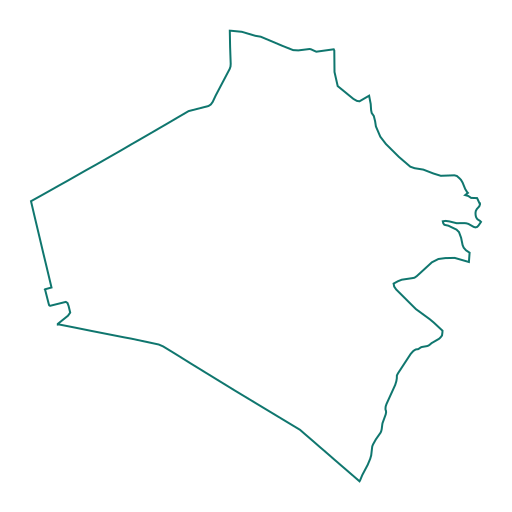 the Province of Al-Anbar
{"feature_id": "IRQ-3471", "entity_name": "Al-Anbar", "entity_type": "Province", "adm_level": 1, "iso_a3": "IRQ", "parent_name": "Iraq", "parent_adm1": "", "projection": "albers", "projection_center": [42.195, 32.855], "detail": "fine", "context": "isolated", "style": "outline", "palette": "teal", "viewbox_px": 512, "rotation_deg": 0, "n_neighbors": 0, "source": "natural_earth", "source_scale": "10m", "svg_char_len": 2808}
<svg xmlns="http://www.w3.org/2000/svg" viewBox="0 0 512 512"><path d="M130.5,338.5L123.9,337.3L107.6,334.1L91.3,330.9L75.0,327.6L58.7,324.4L58.3,324.5L58.0,324.6L57.8,324.6L57.8,323.9L68.0,315.7L70.2,312.6L68.6,306.0L67.5,303.0L65.8,301.9L50.1,305.8L49.2,305.3L48.7,303.8L45.1,289.7L44.9,289.4L45.0,289.3L51.5,287.5L46.6,266.9L43.1,252.4L39.8,238.4L37.3,227.9L34.3,215.3L31.0,201.2L40.2,196.1L49.3,191.0L58.5,185.8L67.7,180.7L76.8,175.5L85.9,170.3L95.1,165.2L104.2,160.0L113.3,154.8L122.4,149.6L131.4,144.3L140.5,139.1L146.4,135.7L149.5,133.9L158.6,128.6L167.6,123.4L176.6,118.1L188.6,111.1L208.5,106.0L210.8,104.5L212.7,101.9L215.7,95.5L229.7,68.9L230.5,66.5L230.7,63.9L230.1,46.8L229.8,30.7L231.6,30.8L241.8,31.8L255.3,35.8L260.7,36.7L282.5,45.9L293.1,50.1L298.3,50.4L309.6,49.0L311.0,49.3L313.8,50.6L316.3,51.7L333.7,49.3L334.3,50.6L334.5,72.0L337.7,86.1L353.4,98.9L356.9,100.9L359.5,101.3L369.1,95.7L370.7,104.0L371.1,110.1L371.7,113.0L373.8,116.0L375.1,121.2L375.9,126.4L380.3,136.7L385.9,144.0L399.0,157.0L410.3,166.7L414.6,168.2L423.3,169.6L433.4,173.5L440.8,175.8L454.4,175.3L456.9,176.0L459.7,178.5L461.0,179.9L462.6,182.6L465.2,189.0L467.1,192.1L467.9,192.9L465.2,195.1L468.3,196.0L471.1,197.9L477.1,198.1L479.6,203.5L479.9,203.4L480.0,203.8L480.0,204.3L479.3,206.3L476.8,209.1L475.8,211.0L475.5,212.9L475.6,215.0L476.0,216.9L476.9,218.6L477.8,219.5L480.0,220.9L481.0,221.9L478.6,225.4L477.2,226.9L475.5,227.4L473.7,226.9L468.4,223.9L466.3,223.3L464.4,223.1L456.6,223.2L449.3,221.4L445.6,220.9L442.8,221.3L443.3,223.4L444.4,224.8L448.4,225.7L456.5,229.6L459.0,232.1L461.1,237.8L462.6,245.1L463.7,247.7L466.0,250.3L469.6,252.7L468.9,262.0L454.7,257.9L445.3,258.1L438.4,259.0L431.9,262.3L416.7,276.2L414.5,277.7L413.6,277.9L411.9,278.2L401.8,279.7L398.0,281.2L393.6,283.6L394.2,286.6L396.2,289.5L415.9,309.1L429.6,319.1L433.7,322.5L442.5,330.7L442.4,332.6L442.0,335.5L440.6,337.3L439.2,338.7L431.6,343.1L429.5,344.9L428.4,345.6L427.0,346.1L421.8,347.0L420.8,347.4L418.3,349.1L417.7,349.2L416.0,349.4L414.6,350.1L413.1,351.2L410.7,353.9L398.0,373.3L396.9,375.4L396.8,378.5L396.3,381.3L395.2,384.9L386.5,404.0L385.7,406.4L385.5,408.1L385.5,409.4L385.7,410.2L386.0,410.9L386.1,412.3L385.7,414.4L382.5,423.2L382.3,424.4L381.7,429.2L381.2,431.2L380.6,432.6L375.9,439.3L373.1,444.3L372.5,445.7L372.2,446.7L371.2,455.3L370.2,458.8L367.7,464.8L362.3,475.0L360.1,480.3L359.5,481.3L357.9,479.9L349.9,473.0L341.9,466.1L333.9,459.2L326.8,453.0L319.7,446.9L312.6,440.7L305.5,434.6L300.0,429.8L292.5,425.3L285.2,420.9L277.9,416.5L270.6,412.1L263.3,407.7L256.0,403.3L248.7,398.9L241.4,394.5L234.1,390.1L226.8,385.6L219.6,381.2L212.3,376.7L205.1,372.3L197.8,367.8L190.6,363.4L183.4,358.9L176.2,354.4L167.7,349.2L163.1,346.4L158.7,344.5L130.6,338.5L130.5,338.5Z" fill="none" stroke="#0f766e" stroke-width="2"/></svg>